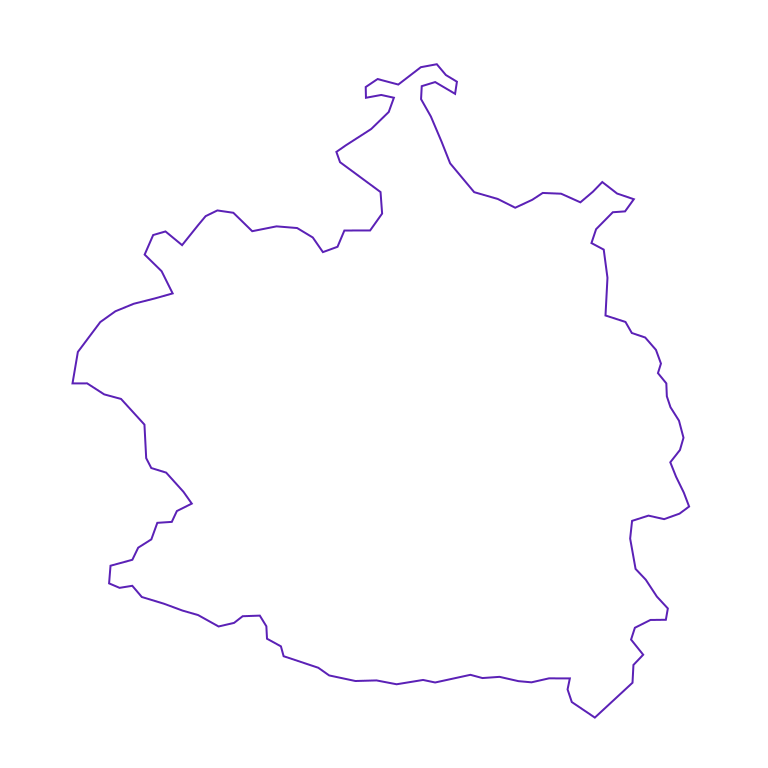 Capela de Santana, Rio Grande do Sul, Brazil (Robinson projection), rotated 93°
{"feature_id": "56859067B10907533932914", "entity_name": "Capela de Santana", "entity_type": "district", "adm_level": 2, "iso_a3": "BRA", "parent_name": "Brazil", "parent_adm1": "Rio Grande do Sul", "projection": "robinson", "projection_center": [-51.367, -29.711], "detail": "fine", "context": "isolated", "style": "outline", "palette": "violet", "viewbox_px": 768, "rotation_deg": 93, "n_neighbors": 0, "source": "geoboundaries", "source_scale": "gbopen_adm2", "svg_char_len": 1915}
<svg xmlns="http://www.w3.org/2000/svg" viewBox="0 0 768 768"><g transform="rotate(93 384 384)"><path d="M706.1,156.0L669.3,120.2L651.5,120.2L640.8,111.0L626.3,123.9L614.3,120.7L605.7,105.6L604.7,90.2L593.3,88.8L582.0,100.4L565.8,112.3L555.5,123.1L538.3,127.1L525.5,130.1L507.7,129.1L501.6,113.0L504.3,97.2L498.0,82.1L490.4,72.9L476.8,78.9L461.3,87.5L447.2,94.0L434.4,85.0L422.0,82.1L405.2,87.5L392.2,96.7L381.5,100.9L368.6,102.1L358.8,111.0L349.1,108.5L335.7,114.2L323.9,125.6L320.1,139.2L309.4,146.1L304.0,166.4L266.2,166.4L238.3,171.6L232.4,184.2L218.3,180.3L200.5,164.5L199.0,152.3L186.4,144.2L181.6,161.2L170.9,176.6L181.1,185.5L192.3,197.4L184.7,217.1L184.9,235.5L192.3,245.6L201.1,262.2L193.3,280.0L187.7,304.0L160.2,329.5L139.2,339.1L114.4,351.2L97.6,361.9L84.6,361.9L79.8,348.7L90.5,328.2L78.3,327.0L72.2,338.4L61.9,348.0L65.7,363.8L84.2,385.4L79.8,406.4L88.4,417.8L99.1,417.0L95.5,401.9L97.6,389.1L112.1,393.5L130.0,410.1L147.8,434.8L154.7,443.7L164.8,439.5L192.5,397.5L213.9,394.8L231.4,405.9L232.8,431.6L249.4,437.6L255.5,451.9L241.4,462.8L232.8,478.9L232.2,499.6L238.3,523.6L220.9,543.4L219.4,559.5L225.7,570.9L234.9,577.8L255.9,592.9L243.1,610.2L247.3,622.3L267.3,629.8L283.0,612.0L304.6,599.8L310.5,617.2L317.0,638.2L325.4,656.0L337.0,670.6L368.0,691.4L399.7,695.1L398.9,680.5L409.0,662.9L412.7,645.8L437.1,621.1L470.5,617.6L480.1,612.0L483.9,596.9L502.2,578.6L513.5,569.7L521.7,584.2L532.8,588.7L534.5,603.1L551.3,608.2L560.3,620.9L572.7,626.1L579.8,647.6L597.5,648.1L601.4,637.4L598.7,624.8L609.4,614.7L614.9,592.4L620.8,573.4L624.5,557.5L634.8,536.5L630.4,521.2L623.3,513.0L621.8,495.9L632.1,488.8L644.5,487.5L651.4,473.2L661.1,470.0L670.8,434.8L677.9,423.5L682.1,397.0L680.4,376.0L683.2,355.7L677.5,329.5L679.4,317.3L669.9,282.5L672.5,270.3L670.4,253.3L673.7,234.2L674.2,221.1L669.3,203.8L668.3,183.0L679.4,184.7L691.8,179.8L706.1,156.0Z" fill="none" stroke="#5b21b6" stroke-width="2"/></g></svg>